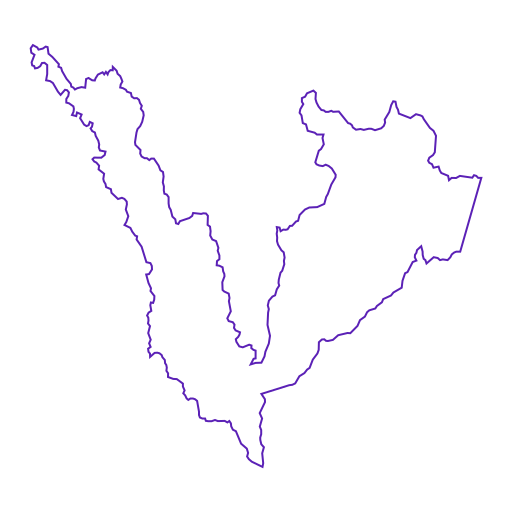 Ivolândia, Goiás, Brazil (Natural Earth projection)
{"feature_id": "56859067B92704348904793", "entity_name": "Ivolândia", "entity_type": "district", "adm_level": 2, "iso_a3": "BRA", "parent_name": "Brazil", "parent_adm1": "Goiás", "projection": "natural_earth1", "projection_center": [-51.093, -16.686], "detail": "fine", "context": "isolated", "style": "outline", "palette": "violet", "viewbox_px": 512, "rotation_deg": 0, "n_neighbors": 0, "source": "geoboundaries", "source_scale": "gbopen_adm2", "svg_char_len": 5971}
<svg xmlns="http://www.w3.org/2000/svg" viewBox="0 0 512 512"><path d="M143.2,111.9L140.8,108.8L141.8,105.8L140.0,103.0L139.0,99.8L136.9,98.1L134.2,98.3L131.7,96.6L130.9,93.0L127.0,91.7L125.9,89.8L123.0,88.2L120.2,87.5L120.7,84.5L122.4,81.5L121.4,78.8L120.2,76.1L117.6,73.8L116.6,70.7L112.8,66.9L112.7,70.3L110.4,70.1L108.4,72.2L107.6,74.4L105.9,71.9L104.2,74.4L102.6,72.3L97.9,74.6L95.5,78.4L94.8,80.5L92.2,80.3L88.5,78.0L86.1,79.0L85.2,87.7L81.5,87.1L77.3,88.2L74.9,89.5L73.4,87.6L71.3,86.6L70.8,83.9L66.5,78.8L62.1,71.1L61.1,67.8L58.4,66.7L58.9,64.2L52.3,56.9L48.5,53.7L47.6,47.1L45.7,46.6L42.8,48.6L38.5,49.6L37.3,47.5L32.9,45.1L30.7,48.3L31.3,52.7L34.5,54.8L31.6,62.4L32.2,65.4L34.2,66.1L35.0,68.4L37.6,67.9L40.2,66.2L42.0,63.0L44.5,62.8L47.2,65.0L47.2,74.1L46.1,80.3L50.1,81.1L52.9,83.0L57.9,91.6L60.6,94.9L65.0,89.8L67.1,90.2L68.9,92.4L68.3,95.9L66.3,99.0L66.3,102.6L69.0,103.3L73.4,106.4L73.9,108.9L73.5,111.9L72.0,115.0L76.2,116.1L77.0,112.5L81.6,114.5L80.1,118.2L84.1,124.6L86.5,126.1L88.6,125.2L89.8,121.9L92.7,123.3L92.0,126.7L90.6,128.4L92.2,131.1L94.9,132.5L95.7,135.9L98.3,140.7L99.2,144.5L98.8,147.5L100.0,150.5L105.5,151.6L104.7,155.0L101.3,157.7L94.2,157.6L92.5,159.2L94.2,161.5L96.4,162.6L99.1,165.7L98.6,169.4L104.1,173.7L103.3,178.9L103.9,181.4L105.5,184.0L106.1,187.1L110.9,189.2L111.5,192.8L118.0,199.0L121.9,197.8L124.4,198.9L126.7,201.6L126.9,204.4L125.8,209.5L128.3,216.2L126.3,222.0L124.5,225.0L130.4,227.9L132.2,231.6L135.2,235.6L137.1,236.3L136.6,239.5L141.6,246.7L146.4,262.2L150.4,263.1L151.8,265.9L152.0,269.4L149.0,274.1L146.2,274.5L148.5,283.0L151.0,288.3L150.5,291.0L154.4,296.0L154.2,299.7L153.1,302.9L150.9,302.5L150.3,305.2L151.3,310.9L148.6,312.6L147.1,315.5L148.3,317.7L148.5,320.5L148.0,323.5L150.0,326.1L148.2,333.1L150.7,339.7L149.1,343.3L150.6,346.9L148.1,348.7L148.5,351.8L150.0,353.6L150.1,356.9L154.6,352.9L157.3,352.7L159.5,353.3L161.7,355.1L162.4,357.2L164.8,360.0L165.1,363.2L166.3,365.0L166.8,367.6L166.4,370.8L168.1,373.3L168.0,377.0L173.2,378.9L176.8,379.1L182.9,383.6L182.9,386.5L184.6,390.4L183.3,393.3L185.2,395.4L186.6,398.4L188.3,399.9L190.4,398.5L192.9,398.5L195.0,399.2L197.1,400.9L199.0,411.7L199.0,415.0L199.9,417.5L202.3,418.5L205.1,418.5L205.8,420.8L208.1,421.2L211.6,421.2L215.0,420.0L217.9,421.1L224.7,420.9L227.4,422.4L229.3,421.0L230.9,423.4L231.2,426.3L232.9,429.7L235.9,431.2L241.1,443.7L246.8,448.6L248.1,452.9L247.1,456.5L248.9,459.2L251.8,461.7L262.5,466.9L263.2,463.2L262.2,453.3L263.9,447.2L261.3,444.3L260.3,440.0L260.2,437.6L261.2,434.2L261.2,430.0L259.8,426.6L262.1,418.5L259.7,413.1L265.0,402.1L264.9,399.2L261.4,393.9L289.2,385.2L292.3,384.8L295.2,383.4L299.4,376.2L304.4,373.1L307.1,369.6L309.6,367.9L312.8,359.6L317.4,353.5L318.7,349.9L318.9,342.2L321.9,339.5L324.3,339.3L326.0,340.8L327.9,341.0L332.9,339.9L338.2,335.2L347.5,333.0L350.3,333.2L357.5,325.9L360.0,320.1L364.9,316.6L367.1,312.2L369.3,310.3L375.3,308.5L376.9,306.0L381.9,302.3L383.2,299.1L391.0,295.5L393.4,292.5L401.7,287.7L402.5,280.8L405.1,273.2L407.5,272.1L412.7,262.0L416.4,260.6L414.8,257.3L415.0,254.8L416.4,252.8L417.0,250.1L421.2,246.2L422.6,251.6L422.7,255.0L423.7,258.8L425.4,260.1L426.5,263.5L433.7,257.2L437.7,258.0L440.0,260.1L442.8,259.4L447.6,260.1L450.3,257.3L451.8,254.4L454.2,252.5L456.2,251.7L460.2,251.7L481.3,177.9L478.2,177.9L476.3,175.9L474.0,175.2L472.3,177.7L459.9,175.9L456.1,178.0L451.6,177.9L449.0,180.2L448.1,175.8L441.3,173.0L439.8,170.5L438.6,166.6L433.5,167.7L432.0,164.2L429.3,162.8L428.1,160.7L429.3,157.7L433.0,155.1L434.8,152.3L436.0,135.8L433.5,130.8L429.9,127.9L423.8,119.2L422.4,116.4L420.5,115.4L416.0,114.2L410.4,118.1L398.9,113.6L398.0,109.7L396.5,106.9L395.5,101.7L393.2,101.3L391.2,105.1L389.3,112.0L384.7,119.6L385.1,122.6L383.8,125.9L381.2,128.3L375.0,130.2L371.4,128.8L368.9,128.7L363.8,129.9L360.5,129.0L356.0,129.7L352.8,127.4L352.0,125.3L350.2,123.7L348.1,123.1L338.8,111.5L333.1,111.8L331.3,110.8L328.3,111.9L325.7,111.9L323.8,110.4L321.4,110.0L318.6,106.6L316.5,102.5L315.5,99.0L315.9,92.9L313.4,90.6L307.0,93.3L305.1,96.7L301.9,98.1L301.9,101.8L303.3,104.1L300.3,109.2L299.6,112.8L301.5,115.4L302.8,123.1L306.0,124.4L307.7,130.8L314.7,132.7L316.9,134.5L323.5,134.5L322.5,138.0L323.8,144.3L321.0,149.1L318.8,150.7L315.3,162.3L316.5,164.3L319.2,165.5L322.8,166.1L325.7,164.7L328.7,166.0L331.8,168.5L335.7,174.8L335.5,177.3L331.3,184.5L327.8,194.1L326.2,196.9L324.3,203.9L317.2,207.1L309.3,207.5L305.0,209.5L299.6,215.0L298.1,220.8L296.0,221.5L292.1,225.8L289.9,225.9L287.6,229.3L285.7,229.8L283.3,229.6L280.6,231.2L279.6,227.6L276.8,227.1L277.3,230.4L276.7,233.7L277.2,237.5L277.0,241.1L278.0,244.6L281.4,250.3L283.7,252.3L284.6,257.6L283.9,260.9L284.3,264.2L282.2,270.8L280.5,272.7L278.8,279.6L278.5,283.0L279.2,285.6L276.8,289.3L275.1,295.3L272.4,296.6L268.9,300.7L267.8,305.4L268.8,309.1L268.1,312.6L267.5,324.9L270.0,335.8L268.8,343.6L265.4,351.7L264.5,356.4L261.4,362.7L255.6,362.9L250.7,364.4L253.6,358.8L255.6,358.4L255.6,350.6L253.5,349.9L251.3,348.1L251.5,345.5L249.2,344.7L242.8,347.3L239.3,346.4L236.4,341.8L235.8,339.2L238.2,336.9L239.5,334.6L240.0,332.3L235.6,330.4L234.0,327.9L234.5,324.6L232.8,322.2L228.7,321.1L227.3,318.3L230.8,311.3L228.9,301.2L229.5,298.0L228.7,293.6L224.2,291.5L222.6,290.0L222.3,282.2L224.5,276.3L224.3,273.9L223.2,271.4L222.6,267.3L219.3,265.7L216.7,265.3L217.0,261.1L219.4,259.2L219.4,255.5L217.7,250.7L218.4,247.9L216.1,241.1L212.3,239.5L210.2,235.5L210.6,231.2L210.0,226.6L207.6,224.9L207.9,215.8L206.0,213.5L203.3,213.3L201.2,213.9L193.1,213.0L192.2,215.9L189.4,218.0L179.9,221.2L178.3,224.0L176.0,223.3L175.3,219.3L172.4,216.6L170.7,209.8L169.2,207.2L168.6,203.5L168.6,197.1L166.7,194.5L164.4,193.7L163.8,190.4L163.9,186.4L162.8,182.4L163.6,176.5L163.0,172.0L160.4,170.3L158.6,165.6L153.9,158.6L151.2,158.6L149.3,160.1L146.9,158.2L144.6,158.2L141.6,156.5L140.2,153.6L140.5,150.0L135.4,144.9L135.0,142.2L136.5,132.5L137.5,129.1L140.2,126.1L142.2,121.8L143.7,115.3L143.2,111.9Z" fill="none" stroke="#5b21b6" stroke-width="2"/></svg>